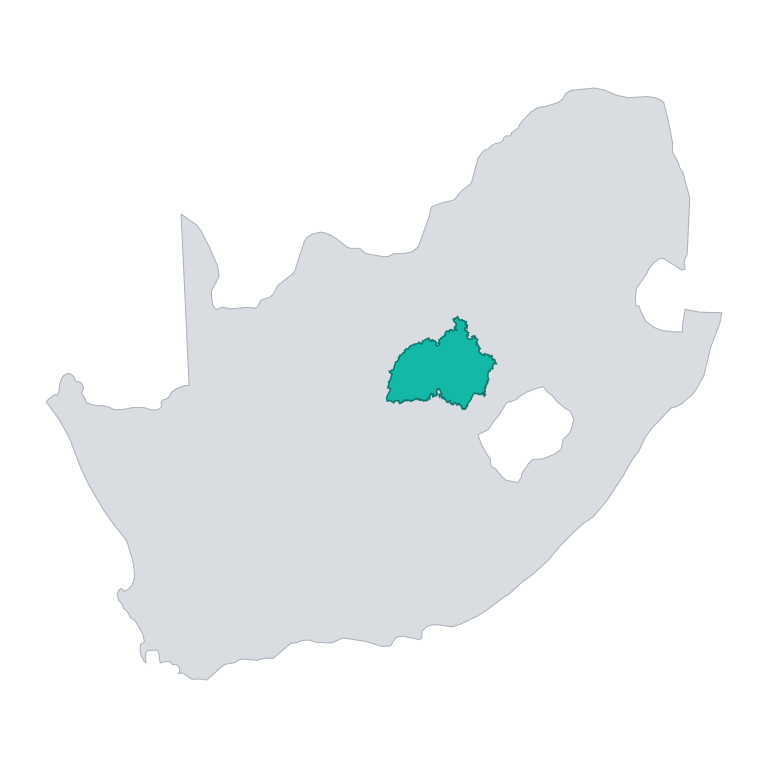 Lejweleputswa, Free State, South Africa (highlighted)
{"feature_id": "47623444B29116896592790", "entity_name": "Lejweleputswa", "entity_type": "district", "adm_level": 2, "iso_a3": "ZAF", "parent_name": "South Africa", "parent_adm1": "Free State", "projection": "orthographic", "projection_center": [25.98, -28.097], "detail": "fine", "context": "in_parent", "style": "filled", "palette": "teal", "viewbox_px": 768, "rotation_deg": 0, "n_neighbors": 0, "source": "geoboundaries", "source_scale": "gbopen_adm2", "svg_char_len": 9707}
<svg xmlns="http://www.w3.org/2000/svg" viewBox="0 0 768 768"><path d="M571.0,90.4L594.1,88.0L604.4,90.0L616.7,95.4L628.2,97.6L647.9,96.6L654.7,97.7L659.9,99.6L663.7,102.4L668.7,122.3L672.7,143.7L672.3,150.5L672.9,153.1L678.1,162.3L679.9,168.0L682.9,172.7L689.1,195.6L689.7,199.5L687.2,254.1L684.2,260.5L685.0,269.2L681.8,270.1L663.2,258.3L659.8,258.5L654.3,262.4L649.0,268.6L646.5,274.0L636.4,288.3L635.4,297.6L635.9,305.6L639.0,306.1L641.1,311.9L645.9,321.3L654.4,327.6L662.4,330.6L673.6,331.8L682.5,332.0L682.3,325.8L685.1,309.3L699.9,312.2L721.9,312.8L719.8,323.5L710.6,347.6L704.1,374.9L696.8,388.5L692.8,394.1L681.8,403.7L676.1,406.8L671.4,407.7L652.5,427.5L645.4,437.1L638.8,451.3L632.6,459.0L623.3,475.6L607.3,500.0L594.0,516.0L588.2,520.5L584.4,522.6L574.0,531.8L559.5,546.7L548.4,560.0L532.0,575.0L522.6,581.6L508.5,594.6L504.6,596.5L488.9,608.6L477.7,615.9L459.6,624.5L452.4,626.8L435.3,624.6L428.2,625.8L422.2,631.0L421.7,638.5L419.3,639.6L403.6,636.3L397.1,636.9L393.4,640.9L390.4,646.0L381.5,646.4L365.5,641.3L346.6,638.5L342.3,638.2L333.3,642.3L330.1,642.9L316.9,642.4L309.5,640.1L302.4,640.3L297.1,642.5L290.6,643.4L273.6,658.1L264.5,658.4L256.8,660.3L242.9,659.0L238.8,660.0L234.8,662.7L225.5,664.2L221.9,666.4L206.9,680.0L200.3,679.0L192.1,679.3L182.3,672.9L178.8,673.6L179.6,671.5L179.7,667.8L176.1,664.3L172.5,664.7L170.3,661.7L164.7,661.8L160.2,663.0L158.5,651.2L156.2,650.1L150.6,650.2L147.8,650.8L146.6,651.9L145.4,654.7L146.0,663.0L143.8,660.8L141.2,656.0L140.1,650.7L140.5,644.4L144.5,641.8L142.7,633.9L135.1,620.6L130.8,618.0L127.1,611.2L123.8,608.8L122.1,604.0L118.6,600.3L117.1,594.1L118.6,590.4L121.1,588.3L124.1,591.2L127.5,589.8L132.1,585.0L134.5,577.9L133.9,567.0L132.6,560.2L127.4,542.8L125.3,538.9L115.5,526.8L103.9,510.6L88.8,484.8L81.3,469.2L69.2,437.5L59.3,419.8L47.5,403.5L46.1,402.4L47.5,400.2L52.8,395.8L55.3,394.6L56.7,395.0L58.0,393.8L59.0,391.0L59.5,384.9L61.7,378.3L63.8,375.4L68.7,373.3L72.7,375.4L74.4,377.6L75.3,380.6L77.1,382.0L79.8,381.7L81.8,383.5L83.2,387.3L83.1,390.1L81.7,392.0L82.1,394.3L84.3,397.0L86.8,403.2L97.2,405.7L103.0,405.7L108.6,407.0L113.9,409.5L122.4,409.6L134.0,407.4L143.7,407.5L151.5,409.8L157.0,410.0L160.3,408.0L161.7,405.5L161.0,402.2L162.6,400.1L166.4,399.0L169.4,396.3L171.5,392.2L176.7,388.6L184.9,385.6L189.1,385.5L181.1,214.2L197.0,225.3L200.8,230.6L209.0,246.3L217.4,265.7L219.1,275.2L218.8,277.3L211.5,290.6L211.5,297.0L212.7,304.5L214.7,308.2L217.0,309.3L222.3,307.2L230.7,308.9L246.6,307.4L254.6,308.1L256.6,307.4L258.4,305.7L260.3,301.1L262.1,299.6L269.4,297.4L272.7,294.7L277.7,285.6L293.3,273.2L295.0,270.2L304.3,241.4L307.2,237.2L311.7,234.4L320.4,232.1L325.6,233.1L331.3,235.5L337.6,239.5L347.1,247.1L350.3,248.3L359.7,248.4L365.6,253.5L383.2,256.7L388.3,256.5L393.7,253.7L402.7,253.7L412.4,251.7L418.3,246.7L429.6,215.3L430.8,208.5L432.1,206.6L441.4,203.0L452.7,200.4L455.0,198.9L462.1,190.3L471.3,183.1L478.0,158.2L482.3,152.3L484.9,149.9L486.6,149.8L488.9,148.3L492.1,145.3L495.8,143.4L500.0,142.8L502.8,140.8L504.1,137.4L506.3,135.8L509.5,136.0L511.2,134.9L511.7,132.7L518.8,127.5L519.0,125.3L523.0,120.1L531.0,111.9L538.4,107.3L545.4,106.5L558.3,102.5L562.9,98.7L565.9,93.3L571.0,90.4ZM542.1,458.9L553.0,454.9L561.1,449.5L563.1,439.4L569.4,433.3L571.8,427.6L573.8,419.6L570.4,411.1L565.4,408.5L556.5,401.0L552.6,396.0L547.2,391.7L543.4,386.7L537.0,388.1L527.2,391.9L521.0,395.5L515.9,399.8L506.7,402.8L498.0,416.5L495.1,419.5L488.3,429.6L478.7,434.4L478.4,436.2L481.5,444.5L485.9,452.7L490.5,459.4L490.2,463.6L491.7,466.8L495.8,469.1L502.8,477.5L506.2,480.2L516.8,482.4L518.4,481.9L521.3,477.0L521.8,473.5L529.1,462.8L532.3,459.6L542.1,458.9Z" fill="#d9dde1" stroke="#a8b0b8" stroke-width="1"/><path d="M428.8,338.1L428.1,338.4L427.7,338.9L426.7,338.9L424.9,340.1L424.5,340.1L423.8,340.8L422.5,341.1L422.4,341.3L422.5,342.0L422.4,342.5L422.5,343.3L421.9,344.1L421.6,344.1L421.0,343.7L420.5,342.9L420.0,342.9L419.7,342.5L418.9,342.3L418.6,342.4L418.1,343.3L417.4,343.7L415.7,344.1L414.3,344.0L413.8,344.9L412.7,345.2L412.0,345.1L410.8,345.7L410.1,346.4L409.5,346.8L408.9,347.8L408.5,348.8L408.2,348.6L407.5,348.9L406.9,348.8L405.8,349.0L405.2,350.1L404.3,350.7L404.5,351.1L405.1,351.7L405.0,352.1L402.7,353.2L402.2,354.2L401.2,355.1L400.0,355.0L399.9,356.2L399.4,356.6L399.1,357.1L398.5,357.4L398.3,357.7L398.3,357.9L398.8,358.5L399.0,359.0L397.7,360.7L397.6,361.6L397.0,361.8L396.2,361.7L395.7,361.9L393.2,370.2L391.6,370.1L390.8,371.4L389.3,371.2L390.2,373.0L392.1,373.7L390.1,380.3L389.9,380.2L388.5,382.1L389.3,382.7L387.7,387.8L390.8,388.8L386.8,397.2L386.6,398.4L387.2,401.2L389.5,400.3L393.3,402.6L393.9,402.8L394.2,402.6L394.6,400.7L395.1,400.9L398.5,400.8L398.4,400.9L399.6,403.5L400.3,403.4L401.0,402.5L401.7,402.7L402.1,402.5L402.3,402.2L402.8,402.2L403.1,401.7L403.3,401.5L403.2,400.8L404.0,400.2L404.8,400.8L405.7,400.6L405.9,400.1L406.4,400.5L406.9,400.1L407.2,400.5L407.6,400.1L408.0,400.4L408.6,400.2L409.3,400.4L409.6,400.8L410.0,400.7L410.3,401.1L411.5,401.2L411.9,400.9L412.0,400.3L413.0,400.3L413.3,400.4L414.3,399.6L414.7,399.6L415.8,399.0L415.9,398.4L416.5,398.2L416.9,398.5L416.9,399.0L417.2,399.1L417.5,399.6L417.8,399.4L418.1,399.5L418.3,399.2L419.0,399.6L419.1,399.0L419.5,399.5L420.0,399.6L420.3,400.2L420.6,399.8L420.9,399.7L421.1,400.0L421.4,399.8L421.9,400.0L422.0,399.9L422.4,400.4L422.7,400.2L423.3,400.7L423.7,400.6L423.7,400.8L424.0,400.6L424.5,400.8L425.1,400.5L425.5,400.7L425.7,400.3L426.1,400.6L426.3,400.1L427.0,400.1L427.4,399.8L427.8,400.1L428.0,398.2L429.9,398.9L429.8,396.4L430.2,394.8L430.5,395.0L430.8,393.8L432.0,394.5L432.2,393.9L432.9,394.3L433.4,393.8L433.6,393.9L432.5,396.2L432.8,396.9L434.9,395.9L436.6,395.7L436.6,394.8L436.8,394.7L437.0,394.0L437.2,393.6L437.4,393.7L437.1,392.9L436.3,391.7L437.6,389.5L437.4,388.7L438.9,388.7L438.9,389.4L439.8,389.4L440.5,391.6L441.9,393.9L439.9,394.2L439.8,394.7L439.0,394.9L439.6,396.4L439.7,395.9L439.9,395.9L440.3,396.0L440.9,396.0L441.0,396.4L441.5,396.2L441.9,396.2L441.9,396.5L441.5,396.8L442.0,397.0L442.1,398.0L442.3,397.8L442.5,398.2L442.8,398.2L442.9,397.8L443.0,398.2L443.3,398.2L443.4,397.9L443.7,397.7L443.6,398.1L444.0,398.3L443.9,398.6L444.3,398.6L444.2,398.9L444.6,399.1L445.0,399.1L445.0,399.5L445.4,399.5L446.2,400.5L446.7,401.1L446.5,401.7L447.2,402.3L447.7,402.1L448.2,402.3L449.5,400.4L450.6,401.3L450.6,402.3L450.2,403.2L451.1,403.6L451.4,404.0L451.9,404.1L452.0,404.4L452.2,404.6L453.4,404.6L453.5,403.4L455.0,402.6L456.1,404.0L456.8,404.1L457.2,405.1L458.1,404.3L458.1,403.9L458.9,403.6L458.8,404.4L459.4,404.4L460.5,405.5L461.0,405.4L461.7,407.9L461.8,407.8L462.0,408.3L462.7,408.7L463.0,409.3L464.1,408.2L465.0,408.5L464.6,409.2L465.1,409.3L465.2,409.0L465.5,408.8L465.4,408.6L465.9,408.0L465.8,407.9L466.4,407.6L466.4,406.9L467.6,405.9L466.5,405.3L470.7,399.9L473.1,394.4L473.0,394.1L474.5,393.4L475.6,393.3L475.7,393.6L477.9,393.3L477.9,393.8L478.1,394.0L478.4,394.1L478.6,394.5L479.2,394.1L479.9,394.4L480.8,393.9L481.1,394.4L482.8,392.4L482.9,392.7L483.2,392.8L482.9,394.1L483.2,395.0L483.7,395.1L484.3,396.2L485.5,394.7L485.3,394.6L484.9,395.1L484.5,395.0L484.0,394.7L483.9,394.3L483.7,394.1L484.8,392.9L485.3,391.5L484.6,391.2L485.0,390.2L484.5,389.8L485.5,387.9L484.7,387.8L485.5,387.4L485.7,386.6L485.3,386.5L485.5,385.4L486.3,385.3L487.4,382.9L487.9,382.4L486.9,381.5L487.6,381.0L487.6,380.7L488.7,380.0L487.8,376.2L488.3,371.8L489.5,370.9L490.0,371.2L490.3,369.2L491.0,369.2L492.9,368.7L492.7,367.6L492.2,366.6L492.8,366.1L493.7,363.6L496.4,363.7L494.8,361.0L494.9,360.6L494.4,360.4L494.6,359.8L493.7,359.9L493.6,359.3L492.4,359.6L492.6,358.9L492.0,358.7L492.1,356.1L491.8,355.5L489.4,356.8L489.1,355.7L489.1,355.0L486.9,354.3L485.9,354.6L485.0,353.9L485.0,354.1L484.8,354.2L484.4,355.0L484.4,354.3L484.1,354.4L484.1,355.5L483.5,355.5L483.6,354.6L482.8,355.0L480.9,353.2L480.2,353.4L479.4,351.9L479.2,352.0L478.8,349.6L480.3,348.7L478.9,346.8L477.8,345.8L478.4,345.3L477.9,344.9L477.2,345.3L475.9,344.2L477.4,342.9L476.1,341.8L477.8,339.8L475.8,338.1L475.6,337.5L474.9,337.9L474.4,337.9L475.1,336.2L474.0,335.9L474.0,336.2L472.6,336.2L471.8,336.7L472.4,338.7L471.9,339.3L470.6,339.1L469.6,339.1L467.9,338.6L467.4,338.1L467.0,335.8L467.5,336.0L467.5,335.5L467.6,335.8L468.5,335.6L468.6,335.8L467.8,333.1L468.5,332.7L467.1,332.1L466.7,330.2L464.8,330.5L464.6,328.1L466.4,327.9L467.2,328.0L467.1,327.2L466.9,327.3L466.6,326.6L466.9,326.4L466.6,325.9L467.4,325.7L467.2,325.0L466.5,325.2L466.3,324.6L465.5,324.9L465.2,324.3L465.8,324.1L466.0,322.5L466.4,322.2L466.4,321.7L465.0,322.0L464.1,320.6L462.6,320.7L462.2,319.7L459.7,320.3L458.9,319.2L459.1,319.2L457.5,316.6L456.7,317.8L455.8,317.9L455.4,318.9L454.9,319.1L454.1,318.7L453.5,318.7L453.2,319.7L453.8,320.6L454.0,321.5L455.0,322.4L455.6,323.1L456.1,323.4L456.4,324.3L456.0,325.1L456.2,326.6L455.7,326.8L455.7,326.6L455.9,326.1L455.5,326.1L454.8,326.9L454.7,327.5L454.3,327.8L454.3,328.0L454.8,328.7L455.9,329.4L456.5,329.4L457.0,329.7L457.0,330.1L456.7,330.3L454.5,329.7L453.3,330.7L451.2,329.6L450.8,329.9L450.1,329.7L449.3,330.6L449.2,331.9L448.9,331.8L448.6,331.2L448.0,331.1L447.6,331.4L446.7,331.1L446.3,331.7L445.8,331.8L445.5,332.9L444.9,333.8L444.9,334.2L445.4,334.8L445.3,335.6L444.1,335.8L443.5,336.5L442.8,336.7L442.1,338.0L441.8,337.9L441.6,337.7L441.3,337.7L440.9,338.1L440.9,338.8L440.5,339.4L439.3,339.4L438.9,340.6L439.3,341.9L438.0,342.9L438.6,343.4L439.6,343.5L439.7,344.0L438.7,345.0L437.7,345.5L437.2,346.0L436.8,345.9L435.9,344.7L436.2,343.9L436.1,342.5L435.8,341.9L435.0,341.4L435.0,340.9L434.5,340.8L433.6,341.2L433.3,340.4L432.6,339.8L432.0,340.2L431.5,340.1L431.6,340.7L431.3,340.9L430.5,341.0L429.9,340.8L429.4,340.1L429.3,339.9L429.4,339.3L428.8,338.1Z" fill="#14b8a6" stroke="#0f766e" stroke-width="1.5"/></svg>